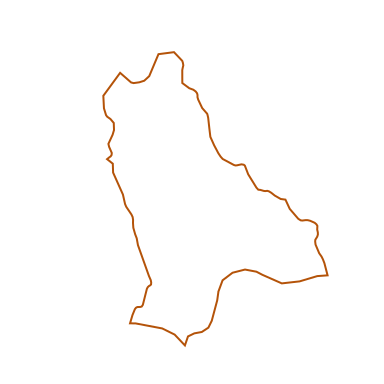 map outline of Lhuntshi (Equal Earth projection), rotated 159°
{"feature_id": "BTN-2483", "entity_name": "Lhuntshi", "entity_type": "District", "adm_level": 1, "iso_a3": "BTN", "parent_name": "Bhutan", "parent_adm1": "", "projection": "equal_earth", "projection_center": [91.057, 27.736], "detail": "fine", "context": "isolated", "style": "outline", "palette": "amber", "viewbox_px": 384, "rotation_deg": 159, "n_neighbors": 0, "source": "natural_earth", "source_scale": "10m", "svg_char_len": 1751}
<svg xmlns="http://www.w3.org/2000/svg" viewBox="0 0 384 384"><g transform="rotate(159 192 192)"><path d="M95.3,65.6L105.2,68.6L123.6,70.0L140.9,74.5L156.0,89.5L160.4,94.5L170.3,100.6L183.1,102.1L195.1,98.6L203.1,89.5L203.1,89.4L207.3,81.8L219.7,64.7L225.3,59.5L233.0,57.8L240.5,59.2L247.5,58.6L253.6,51.3L259.3,65.1L268.7,75.3L291.7,89.5L296.9,91.6L291.7,98.4L287.3,103.1L285.8,104.0L284.3,104.2L281.4,103.2L280.0,103.1L278.3,104.3L268.8,117.8L267.4,119.0L266.0,119.6L264.7,119.8L263.4,120.3L262.5,122.2L262.1,124.4L262.3,129.1L261.5,161.8L260.2,168.6L260.2,173.0L259.6,179.6L258.2,184.2L257.0,187.1L256.4,189.9L256.6,192.7L258.7,201.8L258.8,204.8L257.4,214.4L258.7,238.4L255.8,246.8L259.5,253.1L256.5,254.1L255.2,254.4L253.8,255.4L252.9,257.2L253.2,263.8L252.8,266.9L245.6,273.9L242.6,277.8L240.3,284.5L242.0,289.4L244.2,292.7L244.7,294.6L244.2,301.7L240.3,313.6L216.4,329.0L209.6,316.1L207.5,314.6L201.9,313.3L196.7,313.0L190.4,315.5L173.9,332.7L158.7,329.0L154.1,317.9L154.2,316.0L154.7,313.4L156.0,311.5L157.4,309.3L162.0,297.2L157.4,289.9L154.1,287.0L152.5,284.5L151.9,282.3L152.1,280.6L152.9,278.5L153.1,276.1L152.4,266.7L149.8,259.6L149.9,258.2L150.3,255.5L153.0,245.2L155.1,236.9L154.6,227.7L153.5,218.7L152.6,214.7L151.5,211.8L143.2,202.2L141.9,201.2L140.5,200.8L135.9,200.1L133.9,198.9L133.2,197.7L133.2,188.4L130.3,173.0L129.3,170.4L127.5,169.5L124.6,167.3L123.3,166.6L121.3,166.1L120.0,165.1L118.3,162.9L116.0,159.0L111.7,153.7L107.5,151.4L106.8,141.2L102.4,128.9L100.7,126.6L99.2,125.8L95.9,125.0L94.0,124.2L92.0,122.8L88.5,119.3L87.4,117.2L87.1,115.4L88.6,112.0L89.0,109.2L89.7,107.2L91.1,105.4L94.0,103.2L94.8,101.5L95.5,98.6L95.2,89.2L94.2,85.3L93.9,82.1L93.9,78.1L95.3,65.6Z" fill="none" stroke="#b45309" stroke-width="2"/></g></svg>